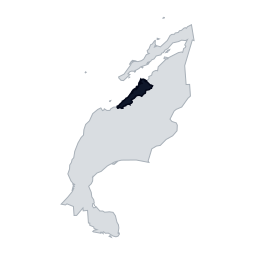 Sinaloa highlighted on a map of Mexico, rotated 86°
{"feature_id": "MEX-2711", "entity_name": "Sinaloa", "entity_type": "State", "adm_level": 1, "iso_a3": "MEX", "parent_name": "Mexico", "parent_adm1": "", "projection": "robinson", "projection_center": [-107.612, 24.763], "detail": "fine", "context": "in_parent", "style": "filled", "palette": "ink", "viewbox_px": 256, "rotation_deg": 86, "n_neighbors": 0, "source": "natural_earth", "source_scale": "10m", "svg_char_len": 8093}
<svg xmlns="http://www.w3.org/2000/svg" viewBox="0 0 256 256"><g transform="rotate(86 128 128)"><path d="M29.4,57.5L45.4,56.0L44.7,57.7L69.8,67.1L88.7,67.0L88.8,63.5L100.5,63.5L102.5,66.1L110.8,72.9L112.8,78.7L114.4,80.9L122.1,85.5L124.5,83.8L126.3,79.5L128.7,78.6L134.2,79.3L138.9,84.0L142.1,90.8L147.6,97.0L148.0,100.9L150.4,105.7L162.3,110.2L163.8,109.5L160.5,122.0L159.6,136.9L160.2,140.1L163.3,144.4L162.7,146.7L162.8,144.3L160.2,140.7L161.1,144.1L164.3,151.1L169.4,157.8L170.7,162.0L174.2,166.2L173.3,166.1L175.3,167.1L174.6,166.5L178.4,167.0L181.0,168.5L183.4,171.3L189.6,169.2L194.2,168.9L197.2,167.2L200.4,166.9L201.1,167.5L200.9,168.4L203.5,169.0L205.3,167.7L204.8,165.5L203.9,166.0L204.1,165.5L208.8,161.9L209.1,158.9L210.4,157.2L210.3,152.3L211.1,148.8L214.7,146.7L221.2,145.6L223.9,144.3L227.1,144.1L232.3,145.3L232.7,144.5L231.4,144.5L233.1,143.9L235.2,145.5L235.7,147.6L234.7,150.5L231.5,154.9L231.4,157.9L229.8,159.6L230.1,160.3L231.6,160.1L230.0,161.9L230.1,162.6L231.1,162.4L229.2,169.8L228.7,170.4L227.6,168.8L227.3,166.0L225.8,168.9L224.3,169.1L222.4,172.9L220.2,172.8L220.0,174.1L207.4,174.1L207.5,178.5L204.6,178.5L211.6,185.3L211.5,187.9L202.5,187.9L199.4,194.2L200.4,195.8L199.3,200.0L192.7,192.8L187.5,188.0L184.3,186.2L183.9,186.6L186.9,188.3L182.3,186.8L182.6,185.7L181.4,186.2L180.6,185.1L179.8,186.2L181.3,186.8L179.0,187.0L176.8,188.6L169.6,191.2L164.9,189.2L160.9,188.7L158.3,186.8L155.6,186.0L153.9,184.2L147.5,182.7L139.4,178.9L134.2,175.4L132.0,172.9L126.6,172.1L121.5,170.0L118.2,166.0L111.2,162.2L107.4,156.9L106.1,153.7L108.9,152.2L108.4,150.8L107.2,150.3L109.0,147.9L109.2,144.9L107.7,143.9L106.2,141.0L106.2,138.3L105.2,135.9L101.0,131.4L97.4,126.0L91.7,121.3L93.3,122.2L93.4,121.2L90.4,120.2L88.2,116.5L89.8,116.6L85.4,114.1L84.8,112.9L83.1,113.3L82.9,112.8L84.1,111.3L82.0,112.5L80.7,111.4L80.4,109.0L82.0,106.8L82.5,107.2L81.5,105.0L80.1,103.6L78.2,103.7L77.0,100.7L74.7,100.0L73.4,98.8L72.5,96.1L73.0,94.5L69.1,93.6L62.1,85.3L61.7,83.3L60.7,82.7L56.3,72.4L55.9,69.2L56.4,68.2L52.6,66.9L51.7,65.2L50.4,64.6L49.1,65.6L43.9,62.5L44.8,64.5L44.1,68.4L45.3,71.5L46.2,77.4L51.4,82.6L53.1,86.0L53.9,85.9L54.3,86.9L55.1,87.1L55.8,89.3L57.3,90.0L58.1,94.8L60.9,97.2L61.8,99.8L63.0,100.7L63.9,103.9L65.0,104.6L64.4,102.3L65.9,103.6L67.8,110.9L69.5,113.0L71.8,118.2L71.5,120.4L72.0,122.4L74.0,124.3L74.7,122.3L80.4,129.2L79.9,131.7L77.6,133.6L76.4,133.8L74.0,128.2L65.0,120.7L64.2,120.8L62.4,118.4L62.0,116.8L62.5,113.3L61.8,109.9L60.4,107.5L56.1,104.6L55.2,101.7L54.4,103.0L52.2,103.5L50.6,101.6L46.5,99.6L45.9,97.9L42.9,95.5L42.6,94.6L45.7,95.1L47.6,94.4L47.5,95.2L49.1,96.0L48.5,94.0L47.8,93.9L49.3,90.0L43.5,82.7L38.6,79.5L37.7,77.9L37.7,75.1L36.5,74.3L36.2,71.2L34.6,69.9L34.4,68.0L32.3,65.2L31.9,63.8L32.6,62.9L31.2,61.7L29.4,57.5ZM61.8,85.4L61.3,87.3L59.7,86.7L60.4,83.9L61.3,83.6L61.8,85.4ZM55.4,85.1L53.2,83.0L52.6,80.9L53.7,81.6L54.0,82.8L55.1,83.1L55.4,85.1ZM234.7,154.4L234.2,153.7L234.4,152.9L235.9,152.2L234.7,154.4ZM62.5,120.7L60.8,118.8L61.8,114.9L61.5,118.4L62.5,120.7ZM41.7,92.8L40.5,92.6L41.3,90.5L41.9,92.0L41.7,92.8ZM21.1,85.9L20.1,84.6L20.3,84.0L20.7,84.0L21.1,85.9ZM63.8,120.8L64.8,122.3L62.8,120.8L63.8,120.8ZM100.4,144.0L100.2,144.6L99.6,144.4L99.4,143.3L100.4,144.0ZM72.4,116.8L72.8,118.0L71.7,116.5L72.4,116.8ZM68.5,108.9L69.1,109.4L68.2,110.5L68.5,108.9ZM70.0,166.7L69.6,166.9L69.0,166.4L69.5,165.8L70.0,166.7ZM202.6,167.0L201.5,167.2L203.5,166.6L202.6,167.0ZM77.9,123.6L77.3,123.5L77.2,122.3L77.9,123.6Z" fill="#d9dde1" stroke="#a8b0b8" stroke-width="1"/><path d="M105.7,136.9L105.6,136.6L105.4,136.7L105.4,136.2L105.1,135.9L104.6,135.3L104.3,134.8L104.2,134.7L103.9,134.5L103.8,134.4L103.7,134.3L103.9,134.1L103.7,134.2L103.6,134.3L102.3,132.6L102.0,132.4L101.9,132.3L101.2,131.5L100.9,131.6L100.8,131.2L100.6,130.7L100.4,130.6L100.5,130.4L100.2,129.8L100.1,129.7L99.9,129.5L99.6,129.3L99.4,128.9L99.2,128.8L99.0,128.4L98.8,128.2L98.6,128.1L98.3,128.0L98.3,127.8L98.2,127.5L97.9,127.0L97.8,126.7L97.6,126.3L96.7,125.2L96.4,125.0L96.1,124.8L95.8,124.5L94.4,123.4L94.3,123.2L94.2,123.1L93.9,122.9L93.7,122.7L93.2,122.3L91.6,121.3L91.5,121.2L91.5,120.9L91.7,121.1L92.3,121.5L93.2,122.2L93.5,122.3L93.2,122.1L93.3,122.1L93.5,122.2L93.7,121.9L93.6,121.6L93.4,121.0L93.3,120.9L93.1,120.9L92.9,121.0L93.1,121.0L92.9,121.4L92.7,121.4L92.5,121.2L92.3,121.1L92.1,121.2L91.8,121.0L91.8,120.8L91.6,120.7L91.3,120.4L91.1,120.4L90.9,120.1L90.7,120.0L90.9,120.5L91.3,120.8L91.2,120.8L90.7,120.5L90.1,119.9L90.0,119.3L89.8,119.0L89.7,119.0L89.7,118.8L89.9,118.9L90.1,119.1L90.3,119.1L90.3,118.9L90.2,118.6L90.0,118.4L90.1,117.8L90.2,117.5L90.1,117.4L89.9,117.2L89.8,117.3L89.9,117.8L89.8,118.4L89.8,118.5L89.7,118.5L89.6,118.4L89.5,118.6L89.3,118.4L89.1,118.1L88.5,116.9L88.4,116.7L88.1,116.5L87.9,116.4L88.2,116.3L88.3,116.4L88.4,116.5L88.8,117.0L88.9,117.3L89.0,117.2L89.2,117.4L89.2,117.1L89.1,116.8L89.2,116.7L89.4,116.9L89.5,117.0L89.8,117.0L90.0,117.1L90.1,116.9L89.4,116.2L89.2,116.2L89.2,116.3L88.9,116.3L88.8,116.1L88.6,115.8L88.4,115.9L88.2,115.9L87.8,115.9L87.7,115.8L87.7,115.5L88.0,115.7L88.0,115.3L87.9,115.2L87.7,115.0L87.5,115.9L87.4,116.0L87.4,115.5L87.4,115.3L87.2,115.1L86.3,114.7L85.9,114.4L85.7,114.3L85.1,114.3L85.3,114.2L85.6,114.2L86.1,114.4L85.9,114.3L85.6,114.0L85.4,114.0L85.1,114.1L84.9,114.1L85.1,114.0L85.2,113.9L85.0,113.7L84.8,113.7L84.9,113.4L84.9,112.9L84.7,112.9L84.5,112.7L84.4,112.7L84.1,112.7L84.0,112.8L84.1,113.0L84.0,113.4L83.9,113.4L83.8,113.5L83.7,113.4L83.7,113.2L83.3,113.2L83.2,113.2L83.2,113.3L83.3,113.4L83.1,113.5L82.9,113.3L82.5,112.9L82.8,112.6L83.2,112.6L83.3,112.6L83.4,112.8L83.5,112.8L83.5,112.7L84.0,112.1L84.0,111.8L84.1,111.7L84.2,111.3L84.5,111.1L84.5,110.9L84.4,110.8L84.0,111.6L83.9,111.7L83.4,111.9L83.3,112.0L83.0,112.4L82.9,112.5L82.7,112.4L82.5,112.5L82.4,112.5L82.3,112.4L82.2,112.0L81.8,111.9L81.6,111.7L81.6,111.8L82.2,112.4L82.3,112.6L82.1,112.6L81.8,112.2L81.5,112.1L80.8,112.1L80.5,112.0L80.7,111.9L80.9,111.9L81.1,111.9L81.3,111.9L81.3,111.7L81.3,111.3L81.1,111.2L80.9,111.1L80.7,111.2L80.6,111.3L80.6,111.7L80.6,111.8L80.5,111.7L80.6,111.3L80.6,111.1L80.4,111.0L80.3,110.9L80.4,110.4L80.5,110.3L80.5,110.1L80.4,109.7L80.4,109.2L80.6,108.6L81.0,108.2L81.1,107.8L81.4,107.4L81.4,107.6L81.3,107.9L81.4,108.0L81.5,107.8L81.6,107.6L81.8,107.1L82.3,106.8L82.2,107.0L82.3,107.2L82.6,107.5L82.7,107.4L82.6,107.2L82.8,107.0L82.7,106.9L82.4,106.6L82.5,106.5L84.0,105.2L86.7,102.9L86.7,102.3L87.0,101.5L87.3,101.1L87.6,100.7L87.7,100.9L87.8,100.9L88.2,100.9L88.3,100.9L88.4,101.0L88.6,101.2L88.8,101.5L89.1,101.7L89.8,101.9L90.0,101.9L90.0,102.1L90.0,102.5L90.1,102.8L90.7,103.6L91.0,103.9L91.1,104.1L91.2,104.5L91.4,105.9L91.5,107.3L91.6,107.5L91.8,107.7L94.1,108.2L94.3,108.3L94.5,108.4L94.6,108.6L94.8,109.5L95.0,109.6L95.2,110.3L95.5,110.5L95.9,110.7L96.1,110.9L96.4,111.4L96.5,111.5L97.2,111.9L97.3,112.1L97.0,112.5L96.9,112.8L96.5,113.2L96.4,113.5L96.3,113.8L96.1,115.3L96.1,115.6L96.1,116.0L96.4,117.0L96.7,117.8L96.8,118.0L97.2,118.1L97.3,118.5L97.6,118.8L97.9,118.8L98.0,118.9L98.2,119.3L98.6,119.5L98.7,119.8L98.8,120.1L99.0,120.3L99.2,120.6L99.5,121.3L99.6,121.5L99.6,121.9L99.6,122.1L100.2,122.6L100.4,122.8L100.5,122.8L101.0,122.8L101.1,122.7L101.4,122.3L101.6,122.1L101.9,122.0L102.1,121.9L102.5,122.0L103.4,122.8L103.5,123.0L103.9,124.1L104.1,124.5L104.4,124.7L104.7,124.6L104.6,124.8L104.3,125.5L104.3,125.8L104.3,126.2L104.5,127.3L104.5,127.5L104.7,127.9L104.8,128.2L104.8,128.4L105.0,128.6L105.4,128.6L105.4,128.8L105.6,129.1L105.7,129.3L105.7,129.5L105.8,129.6L105.7,130.0L105.9,130.3L105.9,130.6L106.0,130.8L106.3,131.0L106.8,131.7L107.1,131.8L107.4,131.9L107.9,131.8L107.9,132.7L107.6,132.7L107.5,132.8L107.4,133.1L107.6,133.6L107.4,133.9L107.1,134.2L106.8,134.5L106.7,134.7L106.7,134.8L107.0,135.1L107.1,135.4L107.3,135.5L107.4,135.8L107.4,136.0L107.6,136.6L107.6,136.8L107.4,137.0L107.2,137.0L106.6,136.6L106.4,136.6L106.0,136.7L106.1,137.1L106.1,137.3L105.9,137.2L105.7,136.9ZM84.0,113.6L84.5,113.8L84.7,114.0L84.8,114.1L84.6,114.2L84.2,113.9L83.9,113.8L83.4,113.8L83.3,113.7L83.2,113.6L84.0,113.6Z" fill="#0f172a" stroke="#020617" stroke-width="1.5"/></g></svg>